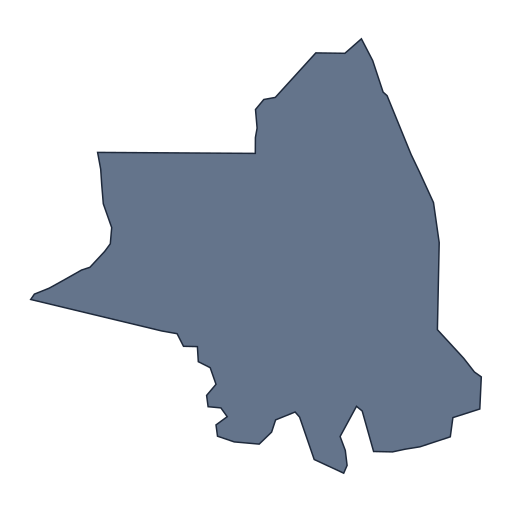 Abala, Tillabéri, Niger
{"feature_id": "23599985B96366222257755", "entity_name": "Abala", "entity_type": "district", "adm_level": 2, "iso_a3": "NER", "parent_name": "Niger", "parent_adm1": "Tillabéri", "projection": "mercator", "projection_center": [3.603, 15.017], "detail": "fine", "context": "isolated", "style": "filled", "palette": "slate", "viewbox_px": 512, "rotation_deg": 0, "n_neighbors": 0, "source": "geoboundaries", "source_scale": "gbopen_adm2", "svg_char_len": 944}
<svg xmlns="http://www.w3.org/2000/svg" viewBox="0 0 512 512"><path d="M30.7,299.5L161.9,331.0L177.1,333.7L183.5,346.3L197.4,346.6L198.3,361.7L210.2,367.7L216.0,384.3L206.6,395.4L208.1,406.7L220.9,407.9L227.2,416.7L216.0,424.9L217.5,436.2L234.2,441.9L259.2,444.1L271.6,432.1L275.6,419.9L295.1,412.0L299.6,417.1L314.2,459.5L343.7,473.2L347.1,465.4L345.3,450.4L340.1,436.5L356.5,406.3L362.2,411.0L373.6,451.5L392.5,451.9L405.1,449.2L420.0,446.8L450.3,436.8L452.9,417.6L479.8,409.0L481.3,376.9L474.4,372.0L463.8,358.4L461.7,356.1L452.5,346.1L437.4,329.7L439.2,242.6L433.5,202.6L419.2,171.4L411.1,154.5L387.1,95.7L383.1,92.1L372.7,60.6L361.4,38.8L344.9,53.3L315.8,52.9L275.3,97.4L263.8,99.5L255.5,109.5L257.1,128.1L255.4,137.6L255.3,153.4L97.6,152.4L100.7,169.2L101.7,184.3L103.3,203.8L111.7,227.6L110.3,243.8L104.6,251.5L89.9,267.3L81.6,270.0L62.3,280.9L49.1,288.2L34.4,294.1L30.7,299.5Z" fill="#64748b" stroke="#1e293b" stroke-width="1.5"/></svg>